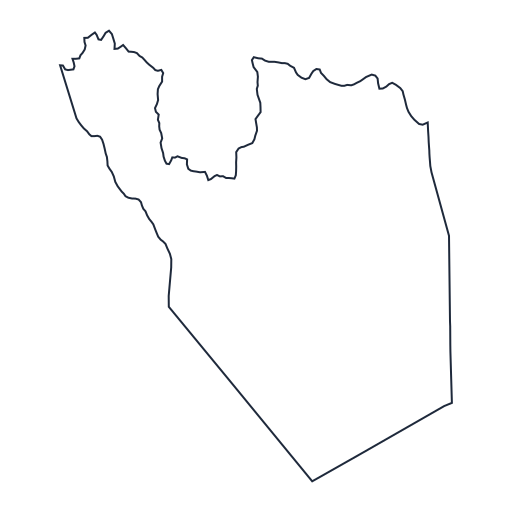 outline of Teixeira de Freitas, Bahia, Brazil
{"feature_id": "56859067B64660770353607", "entity_name": "Teixeira de Freitas", "entity_type": "district", "adm_level": 2, "iso_a3": "BRA", "parent_name": "Brazil", "parent_adm1": "Bahia", "projection": "equal_earth", "projection_center": [-39.873, -17.43], "detail": "fine", "context": "isolated", "style": "outline", "palette": "slate", "viewbox_px": 512, "rotation_deg": 0, "n_neighbors": 0, "source": "geoboundaries", "source_scale": "gbopen_adm2", "svg_char_len": 3067}
<svg xmlns="http://www.w3.org/2000/svg" viewBox="0 0 512 512"><path d="M427.7,122.5L422.7,124.7L419.1,124.0L414.3,119.7L411.2,116.1L408.5,111.8L407.0,108.1L406.1,104.8L404.9,99.6L403.4,94.4L402.7,91.2L400.3,88.1L395.9,84.8L392.2,82.8L389.1,84.1L386.3,86.6L382.8,88.5L379.4,88.7L378.1,83.3L377.6,78.5L375.3,75.6L371.7,74.6L366.1,77.0L362.5,79.6L360.2,81.2L356.8,82.8L353.9,84.4L351.2,85.3L347.2,84.9L344.3,85.8L341.5,85.8L338.3,84.9L334.9,83.9L330.1,82.1L326.6,79.2L323.8,75.8L321.0,72.9L319.7,69.5L316.4,69.0L313.3,71.0L311.5,73.6L309.1,77.9L305.4,79.2L301.5,77.7L297.7,74.9L296.0,72.4L294.0,67.8L290.2,65.8L287.7,63.8L284.7,63.1L281.7,63.1L278.3,62.4L274.5,61.8L271.5,61.8L268.8,61.8L265.0,60.6L261.9,58.6L258.3,58.3L253.8,57.2L251.9,60.1L252.7,63.6L253.6,67.1L257.3,72.0L257.9,76.7L257.5,82.1L257.8,85.7L256.8,88.9L257.5,94.8L260.3,102.8L260.5,107.1L260.6,112.1L257.8,115.9L255.5,119.1L256.2,123.4L256.9,127.4L257.0,130.7L255.3,135.6L254.4,139.3L252.3,143.1L248.0,144.8L243.9,146.7L241.4,147.1L238.6,148.5L236.2,152.1L236.4,157.5L236.1,162.3L236.2,166.7L236.1,171.2L235.8,175.3L234.4,178.6L231.2,178.2L228.8,178.0L226.1,178.0L223.0,176.2L219.9,176.4L217.0,175.0L214.6,176.1L210.9,179.1L208.3,180.1L206.9,175.7L205.0,171.9L200.1,172.3L196.3,171.6L193.3,171.2L190.8,170.6L188.3,168.8L186.9,164.4L187.1,159.4L184.7,158.3L181.6,157.9L177.5,156.3L175.0,157.6L172.3,157.4L171.2,160.3L169.1,164.1L166.5,163.7L164.9,160.7L163.6,156.7L163.1,153.0L161.5,148.1L160.6,142.6L162.2,138.4L161.2,133.1L159.6,129.7L159.2,126.4L159.3,123.1L157.9,119.8L158.7,114.6L155.9,111.8L155.0,108.1L156.9,104.1L158.1,100.1L157.6,94.1L157.9,89.2L159.3,86.0L162.1,81.6L162.1,76.7L163.2,73.1L161.3,69.9L157.9,70.8L155.3,70.1L153.2,67.8L149.2,64.7L146.7,62.4L144.6,60.0L142.3,57.5L139.6,56.0L136.9,53.1L134.2,52.1L131.7,51.8L128.6,51.6L125.9,48.2L123.1,45.0L120.6,46.8L117.8,48.6L114.5,48.9L114.8,43.6L113.4,38.9L111.9,34.1L109.0,30.7L105.6,32.8L103.6,36.2L101.1,39.9L98.5,39.4L96.6,34.8L94.9,32.5L91.6,34.8L87.8,37.8L84.3,37.9L84.5,42.0L85.6,45.5L84.7,49.5L82.5,53.0L80.5,55.2L79.3,58.4L75.8,58.8L72.5,58.8L73.7,62.5L74.5,66.3L73.4,69.4L70.9,69.7L68.0,70.1L65.2,69.4L62.9,65.5L60.1,65.3L76.5,118.4L78.7,122.0L81.1,125.2L83.8,128.4L87.1,131.3L89.3,134.3L91.4,136.1L94.7,136.1L97.4,135.8L100.1,136.7L102.1,139.7L103.5,143.9L104.7,148.8L105.7,153.5L106.9,157.0L107.4,161.4L107.6,165.5L109.4,168.6L111.8,172.0L113.8,176.4L115.3,181.9L117.7,186.3L119.8,189.1L121.7,191.6L123.8,193.7L125.5,196.2L128.3,197.7L131.9,198.5L135.4,198.6L138.6,199.5L141.0,202.2L141.9,205.4L143.3,208.8L145.5,211.3L147.1,215.3L149.2,219.0L151.5,221.8L153.3,224.3L155.3,229.6L156.7,233.1L158.2,236.7L160.7,239.7L163.0,241.4L165.5,243.9L167.3,248.3L169.9,253.8L171.3,259.1L171.2,267.5L168.7,295.9L168.8,306.8L231.1,382.4L312.2,481.3L360.1,454.2L444.3,406.0L451.9,402.9L450.4,351.4L450.3,344.0L450.2,326.3L450.0,321.4L449.0,235.8L431.5,172.3L430.3,166.0L430.0,161.9L429.6,157.1L429.4,153.8L429.3,150.5L429.0,146.4L428.7,142.0L428.5,137.0L428.1,131.0L427.9,126.6L427.7,122.5Z" fill="none" stroke="#1e293b" stroke-width="2"/></svg>